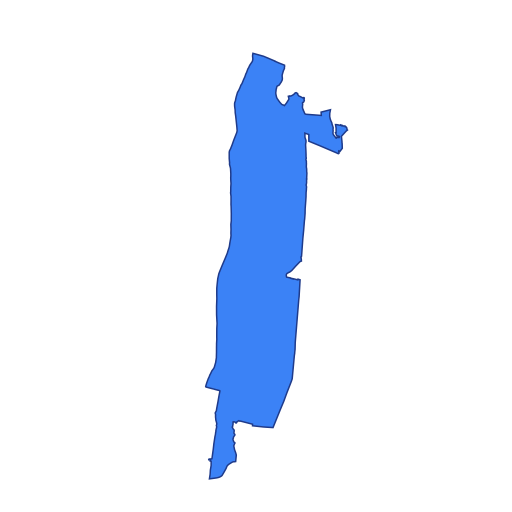 Concesti, Botosani, Romania, rotated 65°
{"feature_id": "2599482B49154697051389", "entity_name": "Concesti", "entity_type": "district", "adm_level": 2, "iso_a3": "ROU", "parent_name": "Romania", "parent_adm1": "Botosani", "projection": "natural_earth1", "projection_center": [26.588, 48.143], "detail": "fine", "context": "isolated", "style": "filled", "palette": "blue", "viewbox_px": 512, "rotation_deg": 65, "n_neighbors": 0, "source": "geoboundaries", "source_scale": "gbopen_adm2", "svg_char_len": 6042}
<svg xmlns="http://www.w3.org/2000/svg" viewBox="0 0 512 512"><g transform="rotate(65 256 256)"><path d="M438.3,392.4L439.4,388.9L440.4,385.6L440.8,383.9L441.0,382.2L440.8,380.2L440.5,379.4L438.5,376.5L435.9,372.9L435.3,372.3L434.2,371.1L433.6,369.8L433.2,368.2L432.8,364.5L432.9,363.5L433.4,362.4L433.7,361.3L428.1,358.0L426.0,357.6L422.6,357.3L418.7,356.4L417.3,355.0L416.7,354.3L416.6,354.1L416.2,354.1L415.9,354.2L415.3,354.6L414.9,354.7L412.5,354.4L412.1,354.2L411.5,353.5L411.0,353.2L410.5,352.8L409.4,350.9L409.2,350.7L408.6,350.6L408.2,350.7L407.9,350.9L407.5,350.9L406.7,350.6L405.2,349.6L404.3,349.4L403.1,349.8L401.9,349.8L401.2,349.9L400.9,349.7L400.7,349.5L400.3,348.9L399.5,348.6L399.1,348.1L398.1,347.7L397.7,347.3L397.5,347.2L396.8,347.1L396.7,347.0L396.8,346.5L396.8,346.2L397.6,345.2L398.7,344.9L398.9,344.7L399.0,344.5L399.0,344.3L398.6,343.9L398.3,343.6L398.3,343.3L398.3,342.7L398.0,341.8L397.9,341.4L398.0,341.1L398.7,340.7L399.0,340.0L399.1,339.8L407.0,330.2L408.4,330.9L414.1,321.5L418.7,313.1L405.4,298.8L399.5,292.3L393.0,285.8L384.6,277.0L382.6,275.1L362.4,263.3L360.3,261.9L360.0,261.8L357.2,260.1L351.0,257.0L313.8,235.8L311.2,234.2L296.2,226.1L294.7,227.7L295.3,228.2L292.2,232.0L292.5,232.1L290.9,234.0L290.6,233.8L288.1,237.2L287.1,237.0L286.0,236.6L285.6,236.3L285.2,235.8L285.0,235.4L284.9,235.1L284.9,234.6L284.8,233.4L284.7,233.0L284.9,232.3L284.6,231.5L284.4,230.2L284.2,229.6L282.6,225.8L282.1,224.7L280.2,219.8L279.8,218.7L279.7,218.2L279.7,217.5L279.8,217.0L278.4,216.4L275.9,215.7L275.8,215.1L274.9,214.5L259.5,205.9L253.1,202.1L244.3,197.1L243.1,196.3L238.3,193.6L234.0,191.5L227.6,187.9L223.6,185.7L219.7,183.8L217.2,182.3L216.5,182.0L215.0,181.1L214.1,180.8L212.8,180.6L212.3,180.1L211.0,179.2L207.5,177.6L207.6,177.4L206.3,176.9L202.3,174.8L201.2,174.5L198.5,173.3L196.7,172.8L196.0,172.5L193.7,171.3L192.4,170.8L191.4,170.3L189.7,170.0L189.2,169.7L188.9,169.3L188.3,169.0L187.2,168.7L185.5,167.9L181.0,166.0L178.5,165.0L176.5,164.2L175.2,163.5L173.8,162.5L172.9,162.1L172.4,161.9L171.9,161.8L169.2,161.5L167.8,160.9L166.6,160.3L165.3,159.8L168.2,156.8L174.3,159.6L183.1,151.5L196.6,139.4L197.4,138.8L198.1,138.1L198.0,137.4L197.4,137.2L197.0,137.1L196.2,136.9L195.6,136.5L195.6,136.4L195.8,136.3L196.6,136.4L196.9,136.4L196.9,136.1L194.9,132.3L191.4,130.8L189.9,130.2L189.3,130.1L188.8,129.8L184.5,128.3L183.6,128.0L180.9,121.5L180.5,119.9L180.0,120.1L179.6,120.0L179.1,119.8L178.6,119.7L178.2,119.6L177.9,119.6L177.5,119.8L177.0,119.8L176.8,120.0L176.6,120.4L176.3,120.2L176.1,120.2L175.7,120.5L175.1,122.0L174.9,122.0L174.4,123.0L174.0,122.7L172.9,123.9L173.3,124.2L171.0,127.4L170.5,128.4L173.8,129.3L177.9,131.2L177.8,131.8L178.1,131.8L180.3,132.0L181.2,131.9L182.7,130.0L183.0,129.9L183.7,130.4L183.8,130.6L182.5,133.1L183.1,133.4L183.1,133.5L182.9,133.7L182.4,133.7L180.2,134.3L178.7,134.6L177.8,134.5L177.3,134.4L176.3,133.9L175.2,133.2L173.8,132.7L173.2,132.3L172.2,131.8L171.0,131.6L169.0,131.4L167.2,131.0L165.0,131.0L163.0,130.8L160.6,130.2L157.8,128.8L154.9,126.7L153.1,136.2L156.2,137.4L148.9,150.4L148.6,150.9L148.0,151.4L147.7,151.6L147.3,151.6L144.8,151.5L144.1,151.6L143.8,151.4L143.1,151.4L143.0,151.5L141.2,151.2L140.5,150.9L138.1,149.5L137.4,149.4L137.0,149.2L136.6,148.9L136.7,148.0L136.5,147.6L135.5,146.5L135.0,146.5L134.8,146.3L134.4,146.3L134.0,146.2L133.7,145.7L133.2,145.5L132.8,145.5L132.6,145.7L132.5,146.2L132.5,146.7L132.1,147.1L130.3,148.4L129.4,149.3L128.8,149.6L127.5,149.9L126.9,149.9L126.4,149.6L126.2,149.7L125.8,150.0L124.9,150.6L124.7,151.5L125.2,152.5L125.6,154.2L125.8,155.9L125.4,158.2L125.1,158.1L124.9,159.2L126.9,159.6L127.7,159.9L128.1,160.4L130.3,163.8L131.7,166.7L130.9,167.2L130.5,167.6L129.9,168.3L129.2,168.7L127.6,169.2L126.6,169.5L124.4,169.9L122.2,170.3L121.2,170.3L120.0,170.1L117.8,169.6L116.9,169.3L116.4,169.1L115.0,168.2L113.8,167.5L113.1,167.0L112.6,166.5L111.5,165.7L111.2,165.3L111.0,165.1L110.9,162.8L110.7,162.4L109.7,160.8L109.0,159.6L107.8,158.1L107.2,157.6L106.1,157.0L103.8,156.2L103.1,155.8L102.2,155.1L99.6,152.8L98.1,151.0L96.8,150.4L96.4,150.0L95.1,149.5L90.8,153.6L87.5,156.5L87.4,156.4L78.2,164.7L71.0,173.1L72.4,174.1L73.5,174.7L75.6,175.4L76.4,175.8L77.7,176.7L78.1,177.1L80.5,181.1L82.3,183.2L83.0,184.3L85.9,187.2L86.4,187.9L86.8,188.4L87.8,189.3L89.1,190.6L90.7,192.5L93.5,195.5L94.2,196.4L94.7,197.4L95.9,198.6L97.0,199.8L98.6,201.7L99.9,203.6L103.3,206.6L105.1,208.0L106.8,209.2L107.8,210.3L108.8,211.0L111.0,212.0L114.8,213.2L117.4,214.3L120.7,215.3L131.2,218.9L134.6,220.2L136.1,221.4L141.7,227.3L145.2,230.7L148.3,234.0L149.3,235.4L150.3,236.2L150.8,236.5L156.4,239.1L160.5,240.6L161.5,241.2L162.8,241.5L165.2,241.9L166.2,242.2L170.9,244.1L173.2,245.2L174.1,245.7L176.1,246.6L179.9,248.1L183.0,249.8L187.4,251.9L187.9,252.3L191.3,253.4L195.4,255.3L197.5,256.3L198.5,256.8L200.8,257.7L207.2,260.5L212.7,263.1L213.6,263.5L216.7,265.4L221.3,267.4L224.7,269.1L226.9,270.0L228.6,271.0L233.3,274.3L235.9,276.0L236.8,276.7L240.1,279.8L241.2,280.7L244.9,284.7L250.2,290.6L255.0,295.8L256.5,297.3L258.5,298.8L260.3,300.2L266.1,303.7L268.7,305.2L274.9,308.1L278.1,309.5L284.9,313.0L292.7,316.6L300.7,319.8L305.0,322.1L312.8,325.8L314.9,326.7L318.6,328.7L320.5,329.6L321.5,330.1L326.8,332.6L330.4,334.4L331.3,334.8L335.5,337.6L339.3,340.9L340.1,342.0L341.5,344.6L343.6,347.1L344.3,348.1L345.8,349.6L347.0,351.1L350.0,354.1L352.1,356.0L353.1,356.8L353.6,356.7L355.3,354.7L362.7,345.8L363.0,345.7L363.2,345.8L365.1,347.2L368.6,349.7L371.8,351.9L377.5,356.0L379.6,357.4L380.8,359.1L381.3,359.4L382.8,359.7L383.9,360.3L385.3,360.9L386.9,361.4L387.5,361.7L390.5,362.2L391.3,362.4L391.9,362.7L392.9,363.6L393.9,363.7L395.1,364.4L396.1,365.3L397.4,366.2L397.9,366.4L398.2,366.6L398.8,367.1L400.6,368.2L402.3,369.5L408.3,373.5L412.9,376.3L419.7,380.7L420.5,381.2L421.2,381.8L420.7,383.0L420.3,384.0L420.2,384.5L420.3,384.7L420.5,384.9L420.8,384.9L420.9,384.6L421.1,384.2L421.4,383.6L421.6,383.6L422.5,384.2L423.1,383.4L426.9,385.2L430.7,387.8L434.4,389.8L438.3,392.4Z" fill="#3b82f6" stroke="#1e3a8a" stroke-width="1.5"/></g></svg>